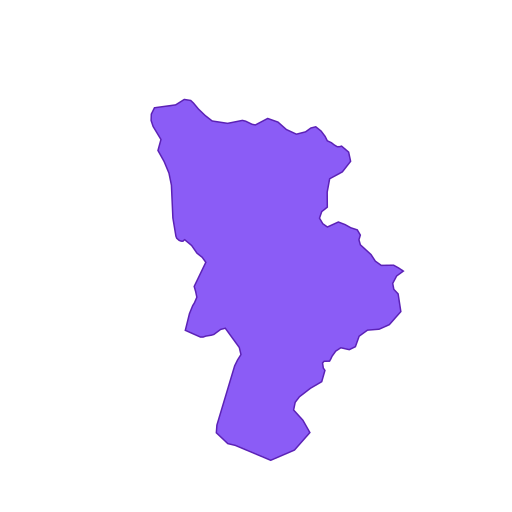 map outline of Denizli (orthographic projection), rotated 144°
{"feature_id": "TUR-2274", "entity_name": "Denizli", "entity_type": "Province", "adm_level": 1, "iso_a3": "TUR", "parent_name": "Turkey", "parent_adm1": "", "projection": "orthographic", "projection_center": [29.199, 37.681], "detail": "fine", "context": "isolated", "style": "filled", "palette": "violet", "viewbox_px": 512, "rotation_deg": 144, "n_neighbors": 0, "source": "natural_earth", "source_scale": "10m", "svg_char_len": 1643}
<svg xmlns="http://www.w3.org/2000/svg" viewBox="0 0 512 512"><g transform="rotate(144 256 256)"><path d="M145.7,157.2L153.9,157.2L161.5,153.5L164.1,148.0L163.3,141.8L171.5,125.9L188.5,122.1L199.4,124.4L209.4,130.5L219.7,130.5L228.9,124.2L235.6,125.4L241.3,131.9L247.4,132.2L253.4,130.2L255.9,128.8L258.3,127.7L262.8,130.8L265.0,130.4L267.4,125.8L267.5,122.9L276.7,115.7L289.7,117.0L303.6,116.6L310.3,114.6L316.1,109.3L314.6,95.6L316.2,81.5L338.9,76.4L364.2,82.1L384.1,115.0L389.1,120.8L392.0,136.3L387.0,142.2L337.8,179.7L332.1,182.7L326.1,185.1L323.3,191.8L323.3,215.6L327.8,217.4L336.2,217.3L338.7,218.2L343.7,220.7L346.4,221.5L348.6,223.1L356.9,237.4L343.7,248.5L336.3,253.1L333.5,254.2L328.1,257.4L325.8,262.5L323.9,267.7L300.3,280.4L300.3,286.6L302.1,293.0L301.9,302.3L304.1,311.1L305.6,311.1L306.4,310.9L307.8,312.0L309.0,313.8L309.7,317.0L309.1,319.2L300.9,335.6L282.8,363.0L277.7,374.2L274.8,386.4L273.3,399.0L264.4,406.1L263.1,421.3L261.2,427.3L257.3,432.3L251.0,435.6L232.2,425.5L222.0,424.8L217.4,420.2L216.7,416.5L216.2,408.8L214.6,399.7L212.1,391.0L201.0,380.0L187.3,373.7L185.1,371.1L181.8,364.9L179.5,362.4L165.7,360.4L159.5,351.4L157.1,340.5L151.7,330.8L142.9,327.3L136.4,327.3L131.7,325.4L129.9,318.8L129.8,312.1L130.6,307.3L128.4,303.3L127.4,299.8L126.0,296.6L124.1,295.3L122.2,294.6L120.0,285.6L123.8,277.0L136.7,273.3L151.0,275.2L160.8,265.9L169.6,253.6L176.7,253.3L182.4,249.3L183.0,242.8L181.2,237.5L169.4,235.1L165.5,229.1L162.7,223.1L158.7,217.6L159.3,211.6L163.2,208.6L165.0,203.7L162.1,189.6L162.5,181.7L160.2,174.8L150.1,167.7L147.7,162.6L145.7,157.2Z" fill="#8b5cf6" stroke="#5b21b6" stroke-width="1.5"/></g></svg>